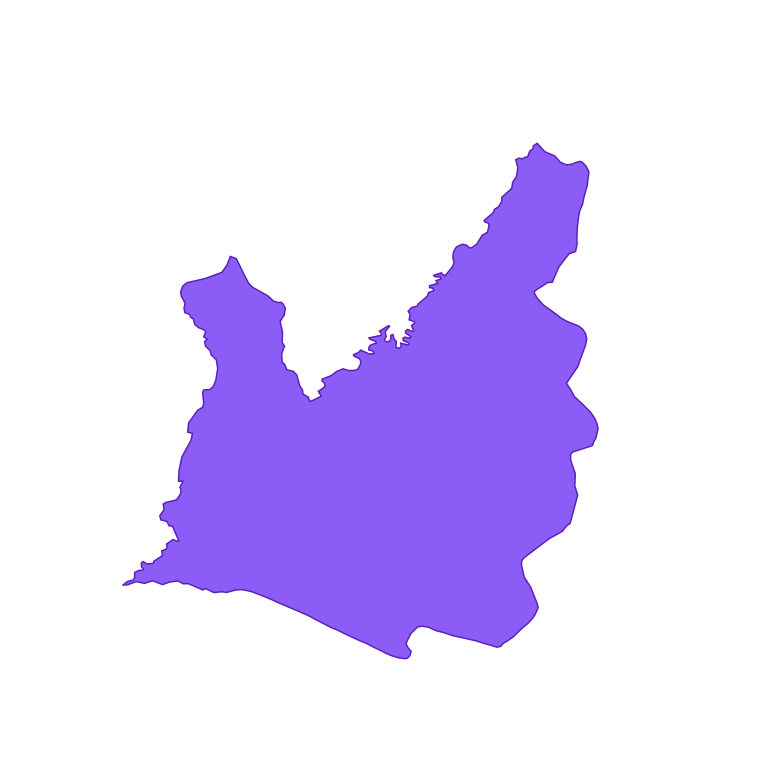 the district of Kabeya-Kamwanga, Kasaï-Oriental, Democratic Republic of the Congo, rotated 200°
{"feature_id": "63176286B62322725812229", "entity_name": "Kabeya-Kamwanga", "entity_type": "district", "adm_level": 2, "iso_a3": "COD", "parent_name": "Democratic Republic of the Congo", "parent_adm1": "Kasaï-Oriental", "projection": "mercator", "projection_center": [23.234, -6.028], "detail": "fine", "context": "isolated", "style": "filled", "palette": "violet", "viewbox_px": 768, "rotation_deg": 200, "n_neighbors": 0, "source": "geoboundaries", "source_scale": "gbopen_adm2", "svg_char_len": 5139}
<svg xmlns="http://www.w3.org/2000/svg" viewBox="0 0 768 768"><g transform="rotate(200 384 384)"><path d="M322.4,662.6L325.1,658.9L324.5,656.0L326.7,652.5L326.7,646.3L328.6,645.8L330.7,643.1L334.6,642.3L336.9,639.8L332.1,632.8L330.8,625.8L330.5,624.3L332.1,617.5L331.1,612.9L331.5,610.2L337.1,599.9L335.8,595.7L336.9,589.7L340.0,585.8L339.8,582.7L345.8,571.9L344.8,570.8L341.2,570.9L339.5,569.0L338.7,561.9L342.6,557.4L344.7,547.2L345.1,546.5L348.4,541.8L350.5,541.2L354.1,542.7L358.3,542.0L362.8,537.7L363.9,531.9L362.6,526.5L359.7,522.1L359.7,517.8L362.2,510.7L363.6,506.6L367.6,507.2L368.0,508.1L373.1,504.2L374.4,503.1L373.2,502.2L370.3,503.0L367.6,503.7L367.0,503.0L366.3,502.3L370.5,498.9L368.0,496.9L374.8,491.9L374.2,490.2L370.7,490.7L369.2,488.8L373.4,485.1L373.4,481.1L379.2,471.0L379.6,468.5L384.4,465.1L386.1,460.6L383.3,458.3L382.3,452.9L376.5,452.9L376.0,451.9L378.1,448.2L374.3,444.3L375.8,443.0L380.4,443.4L381.2,442.3L381.7,441.7L381.4,439.3L376.6,438.0L375.0,437.6L374.8,436.0L380.6,435.1L381.8,433.5L380.8,431.4L375.0,431.0L374.9,430.8L374.3,429.8L374.9,428.9L382.3,428.1L380.6,425.2L382.0,422.5L385.4,422.7L387.0,428.3L387.9,428.8L390.0,429.7L392.5,433.6L394.3,432.0L392.9,428.5L393.5,426.0L395.6,424.5L397.9,424.9L398.9,426.4L398.1,429.3L400.8,433.6L398.5,440.1L399.8,440.3L406.4,432.0L404.1,430.9L403.3,428.7L406.5,426.8L413.9,422.2L413.2,421.7L412.5,421.2L406.2,421.2L405.4,419.7L409.6,416.4L410.8,413.7L410.0,410.8L405.6,411.2L403.7,409.4L408.1,407.1L412.4,407.5L417.5,407.9L418.7,405.0L422.7,401.1L421.8,400.0L415.8,399.4L413.9,397.8L412.8,394.7L413.7,388.9L416.0,386.8L422.2,384.5L427.6,384.3L432.8,379.5L436.6,373.7L443.7,367.5L443.3,365.6L440.7,364.8L438.5,361.5L443.2,354.6L438.8,351.1L445.5,344.1L447.6,342.2L450.9,345.9L456.6,346.7L458.5,350.5L462.4,353.3L469.1,362.7L473.7,364.9L477.8,364.4L480.0,364.1L484.6,368.9L487.1,369.5L490.6,377.7L490.4,385.6L493.7,387.9L497.1,398.0L503.0,407.3L501.3,414.6L501.5,415.7L502.6,421.4L506.5,424.9L508.8,425.6L510.4,424.6L515.9,424.0L518.4,425.1L523.3,427.1L528.0,427.9L530.4,428.3L540.0,429.8L542.0,430.7L544.0,431.6L545.9,432.5L548.1,434.6L550.3,436.6L552.5,438.7L554.7,440.8L556.8,442.8L559.0,444.9L561.2,447.0L565.8,451.3L567.9,451.3L572.1,451.3L572.2,442.2L574.5,433.5L587.9,422.1L603.9,411.7L606.6,407.2L606.6,400.9L604.3,397.0L598.6,392.1L597.8,386.7L595.5,382.9L590.5,382.9L588.4,380.5L585.7,380.1L582.0,375.1L577.6,373.6L572.7,373.3L571.3,373.2L570.7,373.2L569.4,371.6L569.6,366.6L565.3,365.8L567.1,362.5L564.4,358.3L559.0,356.1L556.5,352.4L549.8,349.3L545.6,341.8L543.3,330.0L543.7,323.0L545.8,319.2L551.4,316.7L551.6,314.2L546.8,304.1L546.4,300.2L547.5,298.8L550.1,295.6L551.4,291.0L554.3,280.7L552.0,271.6L547.0,272.0L546.6,268.7L546.1,265.2L549.0,246.3L546.9,232.2L543.8,222.3L539.6,223.9L540.4,217.1L538.1,214.6L537.7,210.5L539.4,204.1L543.6,201.3L548.6,198.0L550.4,195.7L547.7,190.8L549.6,183.5L547.3,180.0L541.0,180.6L537.2,177.1L534.3,178.2L523.3,166.6L523.9,165.5L529.1,165.7L533.7,159.1L532.0,156.5L532.3,154.1L535.8,151.3L533.5,147.1L539.7,138.6L539.3,136.7L543.8,134.4L545.1,133.8L549.7,134.8L550.8,132.6L549.3,129.2L546.8,127.8L547.4,126.3L550.7,124.9L553.9,121.6L552.0,116.4L553.0,113.7L557.4,110.8L559.8,107.0L560.9,105.4L558.8,106.7L557.2,107.0L556.1,107.8L549.2,113.5L545.4,114.1L540.8,114.8L534.1,119.9L533.7,119.9L523.4,119.8L517.8,124.5L510.1,128.5L504.4,127.6L499.6,129.4L494.9,129.2L486.7,128.7L483.8,128.5L481.7,130.8L472.5,129.8L465.4,133.3L460.6,134.3L453.2,139.5L447.5,142.1L440.2,143.3L436.7,143.6L432.3,143.5L425.5,143.4L418.1,143.1L407.2,142.2L403.6,142.1L395.3,141.6L386.6,141.2L375.8,140.5L367.9,139.3L350.5,137.1L344.5,136.9L336.2,136.0L327.5,135.2L319.3,134.5L312.4,134.3L308.5,133.8L301.5,132.9L294.8,132.3L289.2,131.5L283.1,131.3L275.9,131.8L270.1,133.2L268.2,134.3L266.7,137.7L267.1,142.1L271.2,144.4L274.4,147.4L274.4,150.4L273.4,158.7L271.0,163.7L269.5,167.1L265.3,169.5L258.7,170.7L251.3,170.0L242.6,170.8L233.4,171.0L223.3,172.4L210.1,174.1L200.7,174.5L195.5,174.9L188.0,175.3L184.7,177.2L183.2,181.1L179.7,185.4L176.2,190.4L170.2,202.7L167.0,208.0L164.5,213.9L163.3,218.4L162.8,223.6L162.7,226.9L166.3,231.6L176.7,243.3L186.1,250.4L191.8,259.2L193.0,261.1L194.1,265.0L193.9,265.7L193.0,268.6L175.8,295.3L166.0,306.6L164.1,312.6L161.4,316.7L164.0,345.9L169.4,352.9L169.8,353.4L173.6,365.2L182.6,376.3L184.5,381.7L183.7,384.4L177.2,389.5L167.0,397.5L167.2,400.9L166.4,405.8L167.6,415.2L170.3,419.6L174.4,424.0L180.8,428.4L190.0,432.7L201.0,437.4L206.9,442.7L212.8,447.1L210.4,456.6L207.7,466.9L207.8,469.3L208.1,474.4L207.9,477.7L207.9,482.5L207.9,488.9L208.8,495.5L211.5,499.9L215.9,503.4L221.1,505.1L226.8,505.2L232.5,505.4L239.3,506.3L250.3,509.7L256.4,511.4L261.6,512.9L269.0,516.8L273.8,520.7L274.2,523.0L264.8,535.4L261.8,536.7L260.7,537.1L259.7,553.8L254.7,569.6L249.3,574.1L249.7,576.4L250.3,581.0L252.4,586.3L255.7,596.5L258.2,607.0L259.3,613.7L258.9,621.0L259.8,626.3L260.3,631.1L260.8,639.4L262.9,648.6L263.9,653.2L266.4,655.8L268.9,658.0L273.5,660.2L276.1,660.2L279.2,657.9L283.2,654.4L287.8,652.3L294.0,652.7L301.5,656.7L312.4,657.3L322.4,662.6Z" fill="#8b5cf6" stroke="#5b21b6" stroke-width="1.5"/></g></svg>